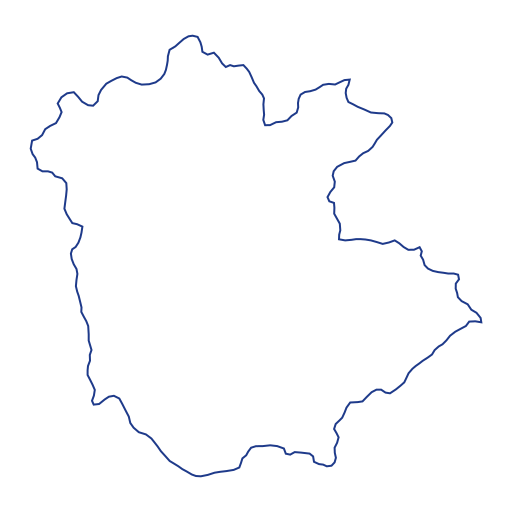 Itaobim, Minas Gerais, Brazil (Albers equal-area conic projection)
{"feature_id": "56859067B61081448342892", "entity_name": "Itaobim", "entity_type": "district", "adm_level": 2, "iso_a3": "BRA", "parent_name": "Brazil", "parent_adm1": "Minas Gerais", "projection": "albers", "projection_center": [-41.522, -16.578], "detail": "fine", "context": "isolated", "style": "outline", "palette": "blue", "viewbox_px": 512, "rotation_deg": 0, "n_neighbors": 0, "source": "geoboundaries", "source_scale": "gbopen_adm2", "svg_char_len": 3802}
<svg xmlns="http://www.w3.org/2000/svg" viewBox="0 0 512 512"><path d="M349.7,79.6L344.4,80.1L339.9,82.2L335.1,84.5L328.8,83.9L323.1,84.8L319.7,87.1L315.6,89.6L310.2,91.2L305.0,92.0L300.6,94.6L298.7,98.8L298.0,103.0L298.2,107.4L296.7,112.6L291.5,116.0L287.4,120.3L282.0,121.7L276.1,122.2L270.1,125.1L265.1,125.2L263.3,119.9L264.1,114.7L263.7,109.9L263.4,104.3L264.0,98.4L262.3,94.6L259.2,91.0L256.4,86.2L254.0,82.8L251.6,77.1L249.2,71.9L246.7,68.6L243.4,65.1L238.6,65.6L233.9,66.3L230.1,65.1L225.8,67.0L222.1,63.4L218.7,57.7L213.9,52.7L207.6,54.6L202.4,51.8L201.7,46.8L200.4,42.3L197.6,36.9L192.6,35.7L188.5,36.3L183.7,39.0L179.1,43.0L175.3,46.4L169.6,49.8L167.9,56.3L167.7,60.7L167.0,64.9L165.9,69.9L164.3,74.0L160.7,78.7L155.6,82.4L149.2,84.2L141.7,84.6L135.8,82.8L131.2,80.2L127.3,77.6L121.7,76.5L116.7,78.1L111.4,80.8L106.3,83.7L101.1,89.9L98.5,95.1L97.7,101.2L93.1,105.7L88.1,105.2L82.1,101.7L78.2,96.9L73.8,92.2L67.1,93.3L61.4,97.3L57.7,103.5L59.9,107.9L61.6,112.1L59.5,117.2L56.0,123.1L50.0,126.0L45.2,129.2L42.1,135.1L37.6,138.8L32.1,140.6L30.7,148.7L32.6,154.1L35.2,157.6L37.0,162.2L37.6,168.6L42.4,171.3L47.9,171.3L52.2,172.6L55.2,176.3L62.2,178.3L66.3,183.1L66.7,189.4L66.1,195.7L65.2,202.5L64.4,208.7L66.7,214.2L70.0,219.5L72.3,223.1L77.1,224.2L82.4,226.6L81.5,232.6L80.4,237.4L78.4,242.7L75.6,247.0L72.2,249.3L70.9,253.6L71.7,259.0L73.7,264.2L76.5,269.0L77.4,273.9L76.5,279.8L75.9,286.2L77.2,291.6L78.7,295.9L80.2,302.0L81.5,307.4L81.3,311.9L83.7,316.5L86.3,321.2L88.2,326.0L88.7,334.3L88.7,340.6L90.2,345.6L91.5,350.0L89.8,354.9L90.0,360.7L88.0,366.0L87.6,370.2L87.6,375.0L90.0,379.6L92.6,384.8L94.8,389.9L93.9,395.6L92.0,400.8L93.7,404.6L99.1,404.0L104.8,399.4L108.9,396.7L113.9,395.8L119.3,398.5L122.3,404.0L125.5,410.3L128.8,416.6L130.3,423.0L133.6,427.7L138.8,432.2L145.9,434.4L151.4,438.5L154.8,442.8L157.6,446.4L160.9,451.2L165.6,456.4L169.7,461.0L174.5,463.9L178.4,466.3L182.3,469.1L186.7,471.5L191.8,474.5L195.9,476.0L200.8,476.3L207.8,474.9L214.6,472.7L220.2,471.8L226.3,471.1L233.7,469.9L239.3,467.5L241.0,462.9L242.4,458.4L246.2,455.3L248.2,451.6L251.1,447.7L255.9,446.2L262.9,446.1L270.2,445.3L277.2,446.1L283.9,448.5L285.8,453.7L290.2,454.6L294.7,452.1L301.0,452.6L309.6,453.6L313.1,456.4L314.0,461.8L319.0,464.1L323.1,464.6L326.8,466.3L331.5,465.7L334.6,462.4L335.9,457.8L334.8,452.8L334.6,447.7L337.1,442.8L338.6,437.3L336.5,433.1L334.1,429.0L335.7,424.0L339.2,420.7L342.2,417.7L344.6,412.5L346.5,407.6L350.2,402.5L357.7,402.1L362.5,401.4L366.8,396.9L371.6,392.2L376.4,389.7L381.2,389.7L385.5,392.6L390.0,393.3L395.9,389.4L400.6,385.6L404.3,382.3L406.5,377.7L408.6,373.2L412.5,368.7L415.7,366.0L419.5,363.3L422.7,360.8L427.7,357.6L432.0,354.5L434.7,350.0L438.8,346.4L442.5,344.3L446.4,340.4L450.1,335.7L455.3,331.7L461.4,328.4L465.9,326.0L469.2,321.6L475.3,321.3L481.3,322.3L480.6,317.9L476.5,312.8L471.3,309.7L467.7,304.3L461.6,301.1L457.9,297.2L457.1,292.9L455.7,288.7L455.8,283.6L459.0,279.3L458.1,274.7L453.6,273.5L448.0,273.5L443.6,272.8L438.2,272.1L432.8,270.9L428.0,268.6L424.6,265.1L423.1,259.7L420.7,255.6L421.8,251.3L419.6,247.2L414.1,249.7L408.3,249.8L403.6,247.0L399.3,243.3L394.7,240.4L388.9,242.5L382.7,243.9L376.6,242.0L370.9,240.4L365.4,239.5L360.2,239.1L356.3,239.1L351.7,239.8L345.2,240.4L339.0,239.3L339.2,234.6L340.3,230.3L339.8,223.7L336.9,218.5L334.2,213.7L334.4,207.8L334.0,202.9L329.3,201.3L327.5,197.1L330.4,191.9L334.2,187.3L334.8,181.6L332.7,175.7L333.7,171.2L337.2,166.8L344.2,163.1L349.8,161.9L355.5,160.6L359.2,156.4L363.2,153.2L368.2,150.9L372.6,146.9L374.8,143.4L376.9,139.8L381.1,135.3L385.6,130.4L389.9,126.0L392.3,122.5L391.3,118.1L388.0,115.0L384.3,113.4L378.3,113.2L370.9,112.5L364.3,109.5L357.7,106.8L353.1,104.3L348.4,102.0L346.6,97.8L345.7,93.0L346.2,88.7L348.4,84.9L349.7,79.6Z" fill="none" stroke="#1e3a8a" stroke-width="2"/></svg>